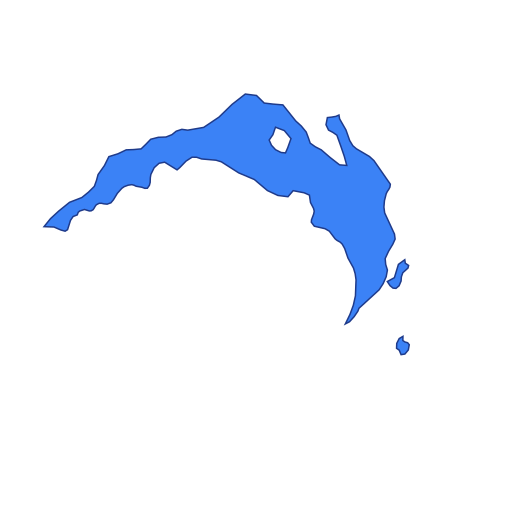 Bakı, Mercator projection, rotated 53°
{"feature_id": "AZE-1689", "entity_name": "Bakı", "entity_type": "Municipality", "adm_level": 1, "iso_a3": "AZE", "parent_name": "Azerbaijan", "parent_adm1": "", "projection": "mercator", "projection_center": [49.815, 40.127], "detail": "fine", "context": "isolated", "style": "filled", "palette": "blue", "viewbox_px": 512, "rotation_deg": 53, "n_neighbors": 0, "source": "natural_earth", "source_scale": "10m", "svg_char_len": 2541}
<svg xmlns="http://www.w3.org/2000/svg" viewBox="0 0 512 512"><g transform="rotate(53 256 256)"><path d="M193.3,104.9L196.8,106.7L209.5,108.3L220.2,111.7L226.2,112.3L230.8,111.3L244.8,105.5L250.8,104.4L279.5,105.5L281.6,107.6L282.7,109.9L283.5,112.3L284.6,114.5L289.1,120.1L293.9,124.4L299.0,127.3L321.8,132.2L326.2,134.7L328.9,139.6L332.0,147.3L335.8,154.4L340.8,157.5L346.3,159.5L350.9,164.5L354.6,171.1L357.1,178.0L359.7,205.2L361.4,207.9L363.5,214.1L364.8,220.9L364.0,225.5L359.2,216.1L353.9,207.9L347.7,200.6L335.3,190.5L329.9,187.5L324.3,185.4L313.0,183.8L303.5,180.7L298.5,180.0L295.7,180.4L292.3,181.9L289.9,182.5L280.3,182.5L275.8,184.4L267.3,191.5L262.3,191.5L260.5,189.9L257.2,184.7L255.2,182.5L252.6,181.4L246.1,180.3L239.5,176.7L234.5,179.5L226.2,187.0L227.9,194.8L220.8,202.1L210.6,207.5L193.9,211.3L179.2,219.8L159.9,227.0L155.4,230.3L145.8,241.0L141.4,244.0L138.6,247.6L138.1,254.7L139.5,263.7L139.7,267.2L126.1,272.5L123.6,277.6L124.2,284.2L127.6,290.9L129.9,293.3L133.5,296.2L135.4,298.6L136.5,302.0L135.0,304.1L132.5,305.7L128.1,309.8L126.1,310.8L124.3,312.2L122.5,315.5L121.3,319.5L121.2,322.4L122.5,329.0L125.3,336.0L126.2,339.9L125.0,343.7L122.8,346.1L120.9,347.7L119.5,349.6L119.0,352.7L119.5,354.5L120.3,356.3L121.0,358.2L120.7,360.5L119.7,362.0L115.6,365.0L114.0,369.7L114.1,371.7L115.6,374.0L114.4,378.3L115.9,382.7L121.6,390.7L121.3,393.5L117.8,396.2L111.3,399.9L105.0,407.6L102.5,397.7L101.4,386.7L100.9,372.6L104.5,359.9L104.2,351.4L103.1,343.2L99.7,338.0L95.9,333.1L92.6,322.7L88.1,313.7L91.3,304.7L93.1,295.8L97.4,289.6L101.3,283.3L100.5,276.7L99.4,269.8L102.4,262.6L106.8,256.3L108.5,250.1L108.3,244.6L110.2,239.0L114.4,234.8L121.8,220.4L122.8,202.0L120.5,183.8L120.2,167.1L128.1,159.0L138.8,157.4L144.9,151.0L151.5,143.6L172.1,143.0L179.5,141.6L187.2,141.3L193.0,143.0L198.5,144.8L204.5,142.9L210.5,140.0L222.0,137.5L233.5,134.4L238.3,129.0L229.5,125.5L218.8,122.0L208.2,118.7L203.6,120.2L199.1,122.3L193.3,121.1L188.4,115.7L190.6,112.0L192.6,108.1L193.3,104.9ZM164.9,162.9L165.5,163.9L169.3,169.5L171.3,175.7L176.9,177.0L182.9,176.4L188.4,173.7L191.4,170.4L188.7,165.6L183.3,157.4L172.9,157.9L164.9,162.9ZM364.1,165.9L360.4,166.8L355.4,166.5L356.6,158.5L348.4,147.3L348.5,139.4L351.6,141.1L355.4,139.8L357.1,141.9L357.7,148.8L360.1,152.4L363.3,155.2L365.9,159.7L366.1,163.7L364.1,165.9ZM422.1,199.5L417.4,198.3L414.3,199.3L410.5,196.2L408.1,191.3L408.6,187.0L411.9,189.6L414.3,188.8L416.5,187.1L419.1,187.0L422.7,190.9L423.9,196.1L422.1,199.5Z" fill="#3b82f6" stroke="#1e3a8a" stroke-width="1.5"/></g></svg>